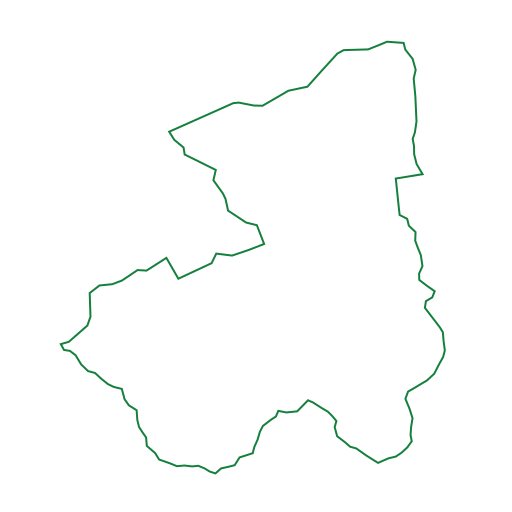 Passo do Sobrado, Rio Grande do Sul, Brazil (Robinson projection), rotated 182°
{"feature_id": "56859067B30972219704232", "entity_name": "Passo do Sobrado", "entity_type": "district", "adm_level": 2, "iso_a3": "BRA", "parent_name": "Brazil", "parent_adm1": "Rio Grande do Sul", "projection": "robinson", "projection_center": [-52.245, -29.77], "detail": "fine", "context": "isolated", "style": "outline", "palette": "green", "viewbox_px": 512, "rotation_deg": 182, "n_neighbors": 0, "source": "geoboundaries", "source_scale": "gbopen_adm2", "svg_char_len": 1843}
<svg xmlns="http://www.w3.org/2000/svg" viewBox="0 0 512 512"><g transform="rotate(182 256 256)"><path d="M448.0,161.1L444.6,155.4L438.7,154.7L432.8,150.5L426.9,141.5L419.8,135.1L412.8,133.5L406.2,127.8L399.5,122.8L393.6,120.2L385.5,118.5L382.3,108.2L377.8,102.3L369.9,97.7L368.9,88.0L366.9,81.0L363.5,76.1L359.5,70.8L358.5,62.4L349.9,55.5L345.7,49.2L334.8,45.8L327.7,43.2L320.2,44.1L312.5,43.5L306.3,44.3L299.9,41.9L294.8,39.0L288.9,37.3L283.5,42.5L275.8,44.5L270.0,46.2L265.4,54.1L252.4,58.8L251.0,65.1L248.0,72.5L246.0,80.4L243.2,86.4L235.3,92.9L230.5,96.3L228.3,102.0L220.2,100.7L209.4,102.2L199.0,113.6L194.1,111.7L185.1,106.4L178.7,102.9L174.5,99.0L169.9,93.9L171.4,87.7L168.6,78.7L160.7,73.1L155.3,68.7L149.1,67.2L138.7,60.4L126.8,53.5L116.4,58.5L109.3,60.4L103.8,64.4L98.1,70.0L93.9,76.3L95.3,82.4L95.0,90.7L93.9,99.4L97.2,108.6L101.7,118.5L99.3,125.8L92.2,130.2L86.6,133.9L80.9,137.5L73.8,144.5L69.3,154.1L65.5,161.5L64.0,168.3L65.5,177.2L66.6,186.3L69.9,191.3L85.4,210.1L84.6,216.8L78.4,220.8L76.2,227.0L84.0,232.1L92.0,237.8L92.4,244.0L89.3,251.7L91.3,262.6L94.7,270.2L97.4,276.8L97.4,285.5L104.3,291.6L106.2,298.4L113.9,302.0L115.4,312.4L119.0,338.3L92.4,343.6L98.7,353.5L101.5,363.2L101.9,371.2L103.5,378.5L101.5,385.1L100.3,396.1L102.3,420.9L104.6,438.9L102.9,447.6L106.3,458.4L114.0,467.5L115.9,474.1L132.5,474.7L151.1,466.4L175.6,464.8L181.8,461.1L197.0,443.2L210.5,427.0L229.4,422.3L254.7,406.4L263.4,406.3L278.6,408.7L284.0,408.0L347.1,377.2L341.7,369.2L332.2,361.9L330.8,354.9L299.2,340.6L301.2,330.2L291.3,317.4L288.5,312.1L285.5,300.4L267.1,289.1L256.2,286.8L248.3,268.3L263.2,261.9L279.9,255.6L295.8,257.0L300.1,247.3L332.8,230.6L345.5,251.0L364.9,237.6L373.9,237.8L389.1,226.8L398.7,222.8L411.4,221.1L420.9,213.2L419.3,189.6L422.1,180.6L440.1,163.7L448.0,161.1Z" fill="none" stroke="#15803d" stroke-width="2"/></g></svg>